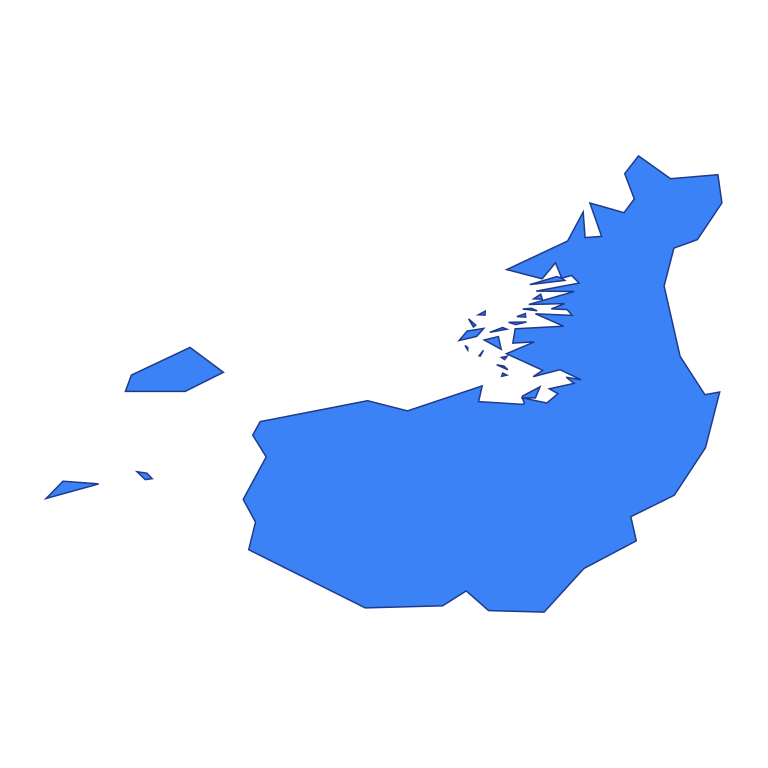 the district of Westport Lea-4, Mayo, Ireland
{"feature_id": "5873133B76630404476162", "entity_name": "Westport Lea-4", "entity_type": "district", "adm_level": 2, "iso_a3": "IRL", "parent_name": "Ireland", "parent_adm1": "Mayo", "projection": "natural_earth1", "projection_center": [-9.682, 53.797], "detail": "medium", "context": "isolated", "style": "filled", "palette": "blue", "viewbox_px": 768, "rotation_deg": 0, "n_neighbors": 0, "source": "geoboundaries", "source_scale": "gbopen_adm2", "svg_char_len": 1945}
<svg xmlns="http://www.w3.org/2000/svg" viewBox="0 0 768 768"><path d="M506.7,269.6L542.2,278.8L555.5,262.8L561.7,278.1L556.8,276.6L529.8,284.6L564.8,280.4L561.7,278.1L571.6,275.5L579.1,283.1L536.2,291.1L574.2,291.5L528.8,304.5L564.7,303.6L551.3,308.9L567.1,309.6L572.2,315.4L535.4,313.8L563.6,326.2L515.2,328.8L512.8,343.1L534.3,341.9L506.4,353.7L542.7,370.3L533.1,376.7L560.0,369.7L581.2,379.8L566.2,377.2L574.0,383.4L549.3,388.8L557.9,393.7L546.8,403.0L522.5,397.9L535.4,397.9L540.0,386.8L522.4,396.1L521.9,397.7L524.6,403.1L522.8,404.4L478.6,401.6L482.2,385.9L407.4,410.9L367.6,400.7L260.2,421.6L252.7,435.1L266.2,456.9L243.2,499.4L255.5,522.1L248.7,549.7L365.2,607.9L442.6,605.8L466.2,590.9L488.6,610.6L544.1,612.1L583.9,568.5L636.3,540.8L630.8,516.7L674.3,495.2L705.5,447.7L719.7,392.0L704.9,394.7L680.1,356.4L664.1,286.0L673.9,248.1L697.4,239.6L721.9,202.9L717.9,174.7L670.5,178.7L638.5,155.9L624.7,173.6L634.3,198.9L624.0,212.7L589.9,203.0L601.6,236.4L585.1,237.6L583.2,212.0L567.6,241.0L506.7,269.6ZM190.0,347.4L131.4,375.1L125.4,391.4L185.2,391.4L223.4,372.3L190.0,347.4ZM46.1,498.5L98.6,483.9L63.0,481.2L46.1,498.5ZM501.2,349.3L498.4,336.6L484.2,340.0L501.2,349.3ZM483.8,328.4L467.2,331.0L459.1,340.5L476.7,336.4L483.8,328.4ZM137.0,471.7L145.2,479.6L152.2,478.7L146.9,473.2L137.0,471.7ZM502.6,327.5L489.8,332.3L506.9,329.2L502.6,327.5ZM508.6,322.3L515.7,324.6L526.5,322.0L508.6,322.3ZM525.3,313.6L516.9,316.6L525.7,317.1L525.3,313.6ZM540.7,294.2L533.7,298.8L542.3,299.2L540.7,294.2ZM468.6,318.9L473.4,327.0L475.7,325.1L468.6,318.9ZM480.1,356.2L483.5,350.3L479.1,355.8L480.1,356.2ZM537.2,310.8L531.2,308.3L522.7,309.0L537.2,310.8ZM504.6,359.6L507.1,356.3L501.4,357.4L504.6,359.6ZM485.0,315.1L485.2,311.1L478.4,314.8L485.0,315.1ZM504.0,366.1L496.7,364.8L507.9,369.8L504.0,366.1ZM467.7,350.0L467.8,347.6L465.0,345.5L467.7,350.0ZM502.7,373.1L501.6,376.3L506.8,375.1L502.7,373.1Z" fill="#3b82f6" stroke="#1e3a8a" stroke-width="1.5"/></svg>